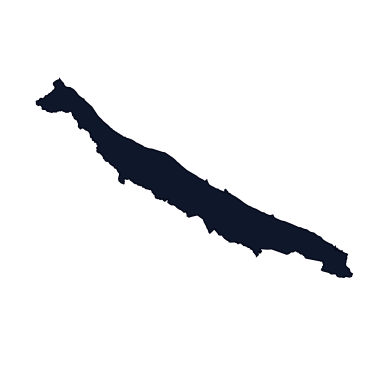 the district of Lam Sonthi, Phetchabun, Thailand, rotated 301°
{"feature_id": "78962969B31401226545695", "entity_name": "Lam Sonthi", "entity_type": "district", "adm_level": 2, "iso_a3": "THA", "parent_name": "Thailand", "parent_adm1": "Phetchabun", "projection": "orthographic", "projection_center": [101.348, 15.401], "detail": "fine", "context": "isolated", "style": "filled", "palette": "ink", "viewbox_px": 384, "rotation_deg": 301, "n_neighbors": 0, "source": "geoboundaries", "source_scale": "gbopen_adm2", "svg_char_len": 6037}
<svg xmlns="http://www.w3.org/2000/svg" viewBox="0 0 384 384"><g transform="rotate(301 192 192)"><path d="M200.4,371.0L201.3,371.3L201.7,372.0L204.4,371.5L204.3,369.6L204.9,368.3L206.9,366.3L207.0,364.7L207.5,362.0L209.4,360.3L210.9,360.0L212.6,359.1L213.9,358.9L214.3,358.4L215.0,358.6L215.8,358.1L216.5,357.1L217.4,357.1L218.1,357.5L218.5,357.3L218.4,355.8L218.0,354.7L217.9,352.3L217.6,352.0L218.2,351.4L217.4,351.0L217.1,350.5L217.4,349.8L217.6,350.1L218.1,350.2L217.7,349.7L217.8,349.2L217.5,349.0L217.8,348.2L217.3,348.2L217.3,347.3L217.7,346.7L217.2,346.6L217.0,345.8L217.6,345.8L217.1,345.3L217.2,345.1L217.5,345.3L217.8,345.2L217.1,344.6L216.7,344.8L216.5,344.6L216.8,344.3L217.9,344.2L218.2,343.9L217.9,343.5L218.8,343.0L218.1,342.8L218.0,342.0L218.0,341.1L218.8,338.7L218.3,337.2L218.0,331.7L218.2,328.6L219.3,325.8L219.2,324.2L218.8,322.2L219.4,317.7L218.2,314.1L218.5,309.9L217.5,307.0L217.1,303.6L216.2,301.7L215.5,295.6L214.1,286.8L212.9,283.3L212.2,277.8L212.2,275.8L212.5,274.8L213.6,273.5L213.7,273.0L212.0,271.7L211.2,269.3L210.9,266.7L211.0,264.4L210.3,263.1L210.1,261.6L210.0,256.3L209.2,251.6L209.2,249.5L208.8,248.1L208.9,242.4L209.5,237.1L209.8,232.0L209.6,226.5L210.0,225.8L209.7,224.2L209.8,223.2L210.5,222.3L210.8,220.2L211.4,219.8L211.4,219.5L210.9,219.2L209.9,219.6L209.6,220.5L209.1,220.6L208.7,220.5L208.3,219.6L207.5,215.1L207.4,213.9L207.7,213.1L206.8,210.6L206.9,208.1L206.6,205.2L206.7,202.9L206.9,202.3L208.8,199.4L209.7,198.5L208.9,198.3L207.5,197.5L207.4,197.1L207.7,195.6L207.3,190.1L207.7,187.7L207.5,176.8L208.7,168.9L209.5,165.6L209.6,163.6L210.4,161.1L210.9,158.0L211.4,148.5L210.6,146.7L208.0,135.8L206.6,132.7L205.5,127.7L205.8,126.1L205.3,119.8L205.0,118.3L205.1,117.5L205.4,116.9L205.3,113.2L204.5,109.3L203.7,108.4L204.4,106.9L203.7,105.4L203.6,104.1L203.9,102.5L203.7,100.3L204.0,99.3L203.6,98.7L204.1,96.4L203.7,94.6L204.1,93.7L204.0,92.0L204.5,91.0L204.5,89.3L205.4,85.9L206.5,79.0L207.0,77.8L208.3,72.3L213.0,62.4L214.7,53.6L215.3,52.0L215.8,51.4L215.5,49.5L216.0,44.9L217.7,40.9L218.6,37.5L218.5,33.7L217.5,31.9L216.8,29.7L217.3,27.9L217.9,26.7L218.8,25.7L219.3,23.5L220.5,20.5L220.1,20.7L218.4,19.2L217.3,18.5L214.7,17.4L214.0,17.3L212.7,18.2L211.7,21.1L210.4,21.0L210.0,21.8L209.3,21.8L207.7,20.8L205.3,20.6L204.4,20.0L203.2,19.6L202.2,18.9L200.4,18.7L199.0,17.1L196.4,17.0L194.5,15.8L194.5,14.5L194.0,14.0L193.4,13.8L191.9,14.0L189.6,12.0L187.3,13.6L187.2,13.9L187.2,15.9L188.4,16.5L188.6,17.4L188.0,19.9L186.6,20.6L186.1,21.2L186.3,21.9L187.5,23.9L186.9,25.8L186.9,26.7L187.4,27.6L187.5,28.7L188.1,30.2L188.2,30.9L189.7,31.7L189.8,32.5L190.8,34.4L192.2,34.7L192.5,35.5L193.4,36.0L193.9,37.3L195.5,38.4L195.4,39.5L195.0,40.0L195.5,40.8L195.4,41.5L195.7,42.0L195.5,42.9L196.3,43.8L196.6,44.6L198.4,45.5L198.9,46.2L198.9,47.5L198.2,48.7L196.2,50.5L196.3,51.6L196.1,52.1L195.2,52.5L194.5,53.7L194.7,54.3L194.5,55.3L194.7,56.7L193.2,58.3L192.5,59.7L189.5,61.2L188.8,63.8L190.2,64.4L190.9,65.5L191.0,66.7L190.6,69.1L191.0,70.6L190.9,71.9L190.5,73.4L189.2,75.2L187.0,76.8L186.8,77.4L187.4,78.4L187.4,78.8L186.3,79.3L185.3,80.1L185.8,82.0L184.8,82.9L184.8,83.1L185.5,84.0L185.1,84.9L185.2,85.7L184.1,86.1L183.8,86.5L183.7,88.4L180.8,87.7L180.1,89.0L178.3,89.4L177.8,90.1L177.6,91.5L178.2,92.3L178.2,92.8L177.2,97.1L176.6,97.6L176.2,98.7L175.4,99.0L175.3,100.4L174.3,101.7L174.5,102.8L175.2,104.3L175.1,105.6L174.3,106.9L173.9,108.6L174.0,109.6L173.8,110.3L174.1,111.5L173.0,113.3L173.4,114.7L173.1,115.9L171.5,118.2L171.0,120.0L170.4,120.7L169.3,121.3L166.7,122.0L164.8,123.0L164.0,124.1L163.9,125.3L163.5,126.4L164.0,129.2L164.4,129.2L165.1,128.6L166.2,128.4L166.8,127.4L168.1,127.1L169.1,127.8L169.5,129.7L171.7,131.7L170.6,132.9L170.7,134.3L170.4,135.3L170.6,136.2L170.1,137.0L170.1,138.7L170.8,140.6L170.7,141.3L170.4,141.8L170.8,142.3L170.6,142.7L171.1,143.2L170.9,144.1L172.0,146.3L171.9,146.6L171.0,147.4L171.8,148.6L171.2,150.4L172.2,152.9L172.3,154.2L172.9,155.0L173.1,155.9L172.7,157.0L171.3,158.3L171.3,159.6L170.7,160.3L170.8,161.7L168.9,163.2L168.4,164.0L168.7,165.7L169.5,167.0L169.3,168.5L170.4,169.3L170.4,169.9L170.8,170.7L170.2,172.6L170.2,173.2L171.0,173.8L172.1,173.8L173.0,174.4L173.1,174.9L172.8,176.3L170.9,176.7L170.5,179.2L170.7,181.2L171.6,182.4L171.9,184.7L171.2,187.2L171.0,189.7L171.3,191.4L171.2,193.2L170.7,195.2L170.8,195.7L172.1,196.6L170.7,199.4L169.1,200.3L169.0,201.5L169.1,202.3L170.6,203.5L174.9,207.9L175.4,209.3L175.1,211.0L174.8,215.7L172.8,218.0L170.3,222.2L169.0,223.6L168.5,225.1L166.3,227.5L166.0,228.2L166.5,228.6L171.0,229.7L172.3,230.6L172.3,231.2L171.6,231.4L170.1,235.9L169.4,236.7L169.5,237.7L170.0,238.7L170.9,239.5L169.3,243.5L169.5,243.6L169.2,244.6L169.0,247.1L169.5,249.0L168.6,249.4L169.1,250.8L171.6,254.5L171.4,255.1L172.0,256.2L171.5,257.7L171.8,257.9L172.1,257.8L171.9,258.2L172.7,258.5L172.9,259.2L173.5,259.7L173.7,261.4L173.5,261.9L173.3,262.0L173.5,262.3L173.2,262.7L173.3,263.7L173.0,263.6L172.9,263.7L173.6,265.2L173.5,265.7L174.0,266.4L174.0,266.8L173.7,267.2L173.6,267.8L174.0,268.1L173.7,268.8L174.2,269.4L174.1,269.6L174.3,270.3L174.1,270.5L174.2,271.5L173.7,271.6L174.0,272.0L173.9,272.3L174.2,272.5L173.8,272.9L174.0,273.5L173.0,275.2L173.2,275.7L172.3,275.9L172.5,276.4L172.0,277.0L171.1,279.3L171.3,279.7L170.3,280.4L172.3,281.0L172.8,280.3L174.3,279.9L174.9,280.1L175.0,280.8L174.7,281.4L174.8,281.7L176.8,282.0L177.1,281.6L176.9,281.2L177.6,280.1L179.1,280.2L181.8,285.6L184.4,289.4L187.6,305.3L188.0,305.4L188.4,306.0L189.6,306.8L191.4,307.3L192.5,308.4L192.6,309.3L194.8,310.4L195.3,311.7L195.1,313.4L195.5,313.7L195.6,314.5L195.2,315.4L195.1,317.3L195.6,317.6L195.8,319.4L195.3,320.0L195.4,321.6L194.5,322.5L194.2,323.6L199.3,337.6L199.2,338.0L199.8,338.4L199.7,338.8L200.2,340.0L199.0,340.6L198.1,342.0L196.8,342.9L195.9,342.9L195.5,342.6L194.3,343.4L193.4,343.0L192.0,343.2L191.9,344.4L193.8,350.9L193.6,353.5L195.9,356.9L196.0,357.7L194.9,359.6L194.8,360.4L195.1,362.0L196.3,363.8L197.1,366.0L197.5,366.4L198.4,366.6L199.1,367.3L200.4,371.0Z" fill="#0f172a" stroke="#020617" stroke-width="1.5"/></g></svg>